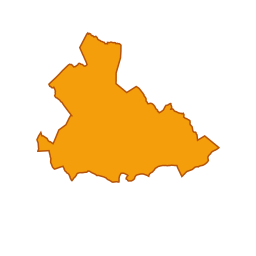 Nandi Hills, Rift Valley, Kenya, rotated 206°
{"feature_id": "3690345B43837463822996", "entity_name": "Nandi Hills", "entity_type": "district", "adm_level": 2, "iso_a3": "KEN", "parent_name": "Kenya", "parent_adm1": "Rift Valley", "projection": "orthographic", "projection_center": [35.259, 0.122], "detail": "fine", "context": "isolated", "style": "filled", "palette": "amber", "viewbox_px": 256, "rotation_deg": 206, "n_neighbors": 0, "source": "geoboundaries", "source_scale": "gbopen_adm2", "svg_char_len": 5842}
<svg xmlns="http://www.w3.org/2000/svg" viewBox="0 0 256 256"><g transform="rotate(206 128 128)"><path d="M37.7,150.2L55.6,154.5L60.1,147.5L62.3,151.0L63.1,152.2L63.8,152.4L64.4,152.9L64.7,153.5L65.3,153.8L66.0,153.7L66.3,153.3L67.1,153.2L68.0,153.5L68.5,154.0L69.0,154.5L69.3,155.1L69.7,155.5L70.0,156.1L70.5,156.6L70.9,157.2L71.4,157.5L72.0,157.6L72.5,158.0L73.3,158.1L73.9,158.6L74.2,159.0L74.3,159.5L74.6,159.9L74.7,160.5L75.1,160.9L75.4,161.6L76.2,161.7L76.9,162.0L77.6,161.9L78.4,161.9L79.0,162.1L79.8,162.1L80.6,161.8L81.4,162.0L82.1,162.2L82.7,162.2L82.9,162.8L83.2,163.3L83.3,164.0L83.7,164.7L84.3,165.0L84.7,165.5L85.3,165.0L85.6,164.4L86.3,164.6L86.9,164.4L87.6,164.0L88.3,164.0L89.3,163.7L91.0,163.8L91.8,163.8L93.2,163.6L93.7,163.6L94.2,163.8L94.8,164.2L95.3,164.4L95.9,164.7L96.5,164.6L97.1,164.1L97.7,163.7L97.7,164.5L97.6,165.3L97.8,165.8L98.2,166.4L99.9,168.0L100.2,168.7L100.8,168.5L101.1,168.0L101.3,167.5L101.7,167.2L101.9,166.7L102.4,166.0L103.0,165.4L103.7,165.1L104.0,163.8L104.1,159.6L105.7,156.6L106.6,155.4L107.3,155.9L108.1,155.9L108.7,156.0L108.9,156.6L109.3,157.0L111.1,157.4L111.8,157.8L112.6,158.5L113.2,159.0L113.9,159.3L115.1,160.0L117.2,160.4L117.9,160.3L118.8,160.0L120.2,158.8L120.8,158.5L121.5,159.1L122.0,159.5L122.8,159.9L123.4,160.1L123.8,160.5L124.2,161.4L124.5,162.0L124.9,162.5L125.8,163.1L127.9,164.1L128.3,164.9L128.8,165.2L129.2,165.3L129.9,165.8L130.8,166.2L132.6,167.1L135.1,168.3L136.3,168.6L138.8,168.9L144.7,159.3L158.2,162.6L159.0,164.2L159.3,165.1L160.2,166.9L162.8,172.3L165.5,187.8L168.0,193.8L170.6,199.3L171.3,199.7L172.1,199.8L172.6,199.9L173.2,199.9L173.6,199.5L174.1,199.3L174.9,199.4L175.4,198.8L176.0,198.5L176.6,199.0L177.3,199.0L177.8,198.6L178.5,198.3L179.3,198.0L180.2,197.9L180.9,197.8L181.3,197.5L181.7,197.0L182.2,196.5L182.7,196.3L183.4,196.2L184.0,195.9L183.4,194.7L185.6,193.7L187.0,194.6L187.5,194.3L188.1,194.3L188.6,194.4L189.4,194.3L190.3,194.1L191.0,194.2L191.4,194.4L193.2,194.3L194.0,194.5L195.0,195.4L195.7,195.8L196.4,195.9L197.0,196.3L197.6,195.9L198.1,195.3L198.6,195.0L199.2,195.1L199.9,195.5L200.5,195.5L201.0,195.1L201.6,195.2L202.7,196.0L203.6,196.1L204.3,196.0L204.4,195.2L204.9,195.0L205.3,195.3L205.8,195.7L206.0,195.1L206.2,194.4L206.6,179.1L201.1,174.4L199.3,173.0L198.3,172.1L193.9,168.4L192.6,167.0L192.9,166.1L193.4,165.1L194.1,164.6L194.8,164.5L195.3,164.6L196.4,165.0L196.9,165.1L197.6,164.9L198.3,164.6L198.8,164.8L199.5,164.9L200.3,164.7L200.7,164.1L200.8,163.6L200.8,162.9L201.0,162.3L201.8,161.3L201.9,160.7L202.2,160.1L202.9,159.7L203.5,159.1L204.1,159.3L204.6,159.6L206.6,160.3L207.1,159.9L207.8,159.8L208.3,159.8L209.2,158.5L212.0,150.9L213.4,146.2L214.9,141.8L217.0,136.3L218.3,132.7L217.9,132.3L217.3,131.8L216.5,131.2L215.8,131.4L215.3,131.3L214.9,131.0L214.0,130.8L213.1,131.2L212.6,132.1L211.0,130.9L210.0,129.9L209.3,129.1L209.3,128.6L209.1,128.1L208.7,127.6L208.2,126.7L208.1,125.7L208.1,124.9L207.0,124.1L205.9,123.7L205.2,123.8L204.7,123.8L204.0,123.6L201.4,123.1L200.3,122.4L199.8,122.2L199.0,122.1L198.5,122.1L196.2,120.6L189.4,117.1L185.6,115.2L185.0,114.8L184.1,114.4L185.0,113.9L185.2,111.8L185.2,110.5L185.2,103.7L188.4,97.6L189.3,96.0L188.5,83.6L188.5,81.0L191.9,81.6L192.5,81.2L193.4,81.5L194.2,81.6L194.9,82.1L195.5,82.7L196.2,83.1L197.0,83.2L200.0,83.6L200.7,83.7L202.0,83.2L204.4,85.8L204.8,81.8L204.7,77.6L204.0,76.8L202.5,75.5L202.1,75.0L201.5,74.0L200.2,71.8L199.9,71.2L199.5,70.7L199.1,69.9L199.0,69.1L199.0,68.2L198.8,67.6L189.1,73.0L188.7,72.7L188.5,72.2L188.1,71.7L186.7,70.0L186.2,69.5L185.6,68.6L185.1,67.9L184.4,67.2L184.0,66.8L183.7,66.2L183.5,65.5L183.1,64.7L182.9,64.0L182.5,63.4L182.1,62.8L181.5,62.4L178.8,59.9L177.8,59.4L177.2,59.2L176.6,59.1L176.2,58.8L175.3,59.5L171.3,63.6L169.6,65.1L168.7,64.2L168.0,63.8L167.4,63.4L167.2,62.8L166.6,62.5L166.1,62.0L165.3,61.6L164.5,61.5L163.1,60.8L162.5,60.7L161.9,60.8L161.2,60.6L160.5,60.1L160.0,59.8L159.5,59.2L158.9,59.0L158.6,58.4L158.1,57.8L156.8,56.9L156.3,56.6L155.8,56.1L155.3,56.1L154.8,58.3L154.7,59.1L154.6,59.8L154.0,61.0L153.9,61.8L153.8,62.6L153.8,64.0L153.6,64.9L153.1,65.5L152.5,66.1L151.8,66.7L151.2,67.0L149.6,67.7L148.1,68.7L147.6,69.1L146.0,70.0L145.5,70.5L145.3,71.2L145.1,71.8L143.5,72.3L141.2,72.0L140.6,72.0L137.5,72.1L136.9,72.0L136.2,71.9L135.2,71.6L134.1,72.3L133.4,72.5L128.5,73.4L127.5,73.5L126.7,73.4L126.1,73.6L124.8,73.1L124.0,72.9L123.4,72.8L122.7,72.8L122.1,72.9L121.3,72.8L120.5,72.8L119.9,72.7L119.4,72.6L118.7,72.5L118.1,72.6L117.2,73.1L115.1,74.5L114.3,74.9L113.2,75.1L112.5,75.5L112.7,76.2L113.0,76.8L113.9,78.6L114.1,79.3L114.6,81.3L114.6,81.8L114.5,82.5L114.4,83.1L114.5,83.7L114.3,84.3L113.7,84.7L113.1,85.0L112.2,85.4L110.9,85.6L107.9,85.5L107.2,85.2L107.4,84.6L107.7,82.9L107.7,82.3L107.4,81.4L106.6,81.4L106.1,81.3L105.6,81.1L105.1,80.7L104.4,80.6L101.8,81.9L100.7,83.3L100.1,84.7L100.0,85.3L100.3,87.2L100.2,87.8L99.9,89.1L99.5,89.6L98.5,90.5L96.7,92.0L96.3,92.3L94.9,93.0L94.5,93.2L93.9,93.4L92.1,93.6L90.0,93.8L88.2,93.7L88.5,94.7L88.5,95.4L88.5,96.0L88.2,96.9L87.8,97.7L86.8,99.1L86.1,101.5L85.9,102.3L85.9,103.0L85.8,103.8L84.8,105.1L84.5,105.8L84.2,106.3L83.7,106.9L83.2,107.3L82.8,107.6L82.2,108.2L81.5,108.7L80.7,109.3L80.1,109.7L78.9,110.2L77.6,110.9L76.5,111.2L76.0,111.4L75.5,111.7L75.1,112.1L74.6,112.3L74.0,112.6L73.2,113.2L72.6,113.7L72.0,113.9L71.3,114.1L70.5,114.5L69.7,114.7L68.3,115.4L67.6,115.7L66.0,114.1L58.3,108.0L56.1,114.6L52.1,118.8L51.8,119.4L51.4,120.3L51.1,121.0L50.6,122.1L50.1,122.7L48.8,123.5L48.2,123.8L47.7,123.9L47.5,124.5L47.0,125.1L46.3,125.8L45.1,126.7L44.6,127.1L43.9,127.9L42.9,129.4L42.4,130.5L41.6,132.7L41.6,133.8L41.6,134.3L42.1,134.8L42.6,135.4L43.5,136.9L43.5,137.8L43.4,138.6L42.7,140.6L42.3,142.7L42.1,143.4L41.7,144.1L41.2,144.7L40.3,146.0L39.8,146.4L39.5,146.9L38.7,148.1L38.4,148.7L38.0,149.4L37.7,150.2Z" fill="#f59e0b" stroke="#b45309" stroke-width="1.5"/></g></svg>